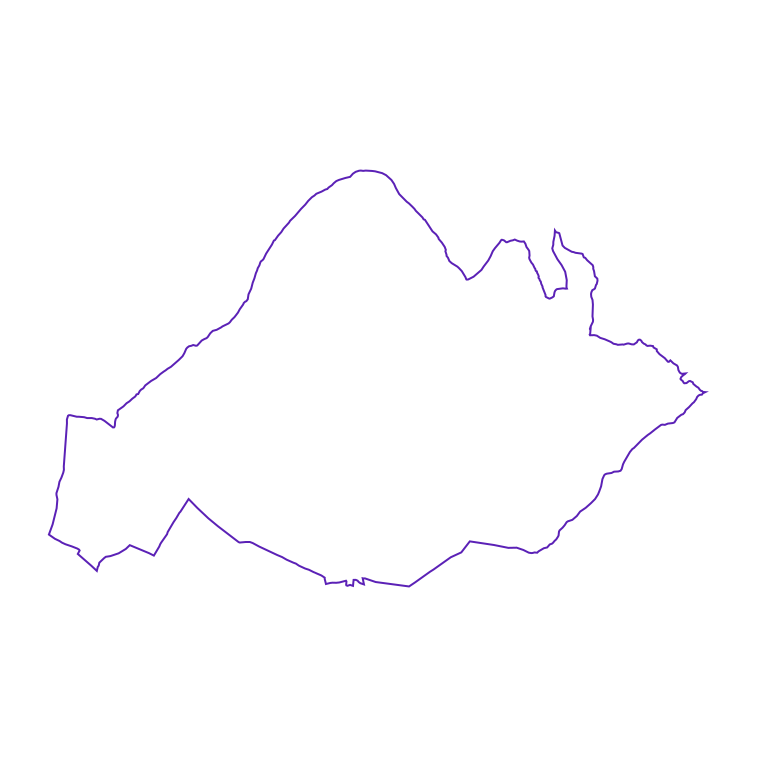 Samsud, Salaj, Romania (Natural Earth projection), rotated 275°
{"feature_id": "2599482B8829364440504", "entity_name": "Samsud", "entity_type": "district", "adm_level": 2, "iso_a3": "ROU", "parent_name": "Romania", "parent_adm1": "Salaj", "projection": "natural_earth1", "projection_center": [22.948, 47.339], "detail": "fine", "context": "isolated", "style": "outline", "palette": "violet", "viewbox_px": 768, "rotation_deg": 275, "n_neighbors": 0, "source": "geoboundaries", "source_scale": "gbopen_adm2", "svg_char_len": 6134}
<svg xmlns="http://www.w3.org/2000/svg" viewBox="0 0 768 768"><g transform="rotate(275 384 384)"><path d="M456.5,585.0L456.0,584.7L456.8,584.3L459.5,584.9L464.2,586.7L466.1,586.7L469.5,585.8L481.3,585.2L485.9,584.4L488.9,582.9L491.7,582.4L493.5,582.6L495.7,583.4L496.5,584.7L497.5,585.8L501.2,586.6L502.1,587.2L505.5,587.7L507.6,587.3L509.7,584.7L514.8,583.4L517.0,582.4L518.7,582.3L520.5,581.6L525.0,575.6L527.2,573.5L527.6,572.0L530.8,570.5L531.1,569.6L531.4,563.3L531.9,561.5L532.1,559.5L535.4,552.2L537.5,549.8L549.4,545.5L549.7,545.1L550.2,542.2L551.8,540.9L546.5,541.0L540.3,540.3L537.4,540.5L533.8,539.8L531.2,540.8L523.4,545.9L518.0,550.5L511.6,554.7L503.4,557.0L498.0,557.2L496.0,557.4L495.0,557.9L494.8,556.7L494.9,553.9L493.6,548.1L493.1,547.4L491.8,546.4L490.3,545.9L486.1,545.5L484.9,544.1L483.5,541.7L483.6,540.8L484.8,537.8L485.6,537.2L486.7,537.2L494.1,533.5L495.0,533.4L497.5,531.9L499.8,531.2L500.6,530.3L502.3,529.6L503.0,528.8L503.8,528.6L504.6,528.8L506.4,528.0L508.0,526.9L508.9,526.7L509.6,526.3L509.6,525.8L510.4,525.1L512.0,524.6L512.7,523.9L516.0,522.0L517.8,520.2L521.0,518.1L522.4,517.6L524.7,517.8L529.1,517.1L530.4,516.2L532.9,514.0L536.1,512.6L538.2,510.9L537.8,508.6L537.8,506.9L538.4,504.2L539.3,501.7L538.4,499.9L537.7,497.5L536.0,494.3L535.9,493.4L537.5,491.1L537.9,489.5L537.9,488.6L537.4,488.1L534.7,486.7L529.0,482.7L525.8,480.8L520.7,479.1L516.1,477.1L509.8,473.1L506.1,471.1L498.7,463.9L495.5,458.8L495.2,457.4L495.4,456.9L497.6,455.8L503.2,451.7L505.9,448.7L507.3,446.9L510.3,440.9L512.2,438.4L515.4,436.7L517.1,435.1L518.0,435.1L521.6,433.6L523.0,433.9L525.9,432.5L529.9,429.3L532.8,426.3L533.5,425.7L534.6,425.4L537.6,422.8L540.3,419.0L551.1,410.5L551.5,409.1L553.3,407.8L559.3,400.6L561.1,399.1L563.1,396.8L566.1,393.1L567.6,390.7L574.5,382.6L580.3,378.7L584.2,376.6L587.9,373.6L592.2,367.9L593.9,363.8L595.1,356.6L595.2,353.5L595.0,347.2L594.5,344.7L594.6,342.3L594.3,340.6L592.9,337.3L590.8,334.7L587.4,332.2L585.9,327.6L583.4,321.4L582.0,318.8L579.6,316.4L577.6,314.9L574.9,311.7L573.3,310.5L572.6,308.6L570.2,305.0L567.6,300.0L565.7,298.3L563.8,295.9L559.9,292.6L555.8,289.9L551.2,286.1L543.6,280.7L538.4,276.2L536.5,275.3L530.1,270.4L526.3,268.4L522.6,265.6L517.8,262.8L517.3,261.8L513.1,260.2L503.6,255.2L498.0,253.1L496.9,252.3L495.4,250.7L494.4,250.2L491.3,249.5L488.3,248.1L486.1,247.7L483.2,246.7L478.0,245.7L473.5,244.4L467.4,243.4L461.5,241.2L456.5,240.9L454.5,239.6L453.9,238.5L452.4,237.2L451.0,236.8L445.9,233.8L442.4,232.3L437.7,229.3L434.7,226.7L432.1,225.1L430.8,223.9L427.2,217.9L426.4,217.1L423.4,212.6L422.0,208.8L419.4,206.5L415.4,204.3L414.2,203.2L413.1,201.1L411.4,198.6L406.1,194.6L405.7,193.4L406.2,190.5L405.3,188.8L404.6,186.5L403.2,184.9L401.8,183.9L397.3,182.4L394.1,180.9L390.0,177.4L382.5,170.2L380.3,167.1L378.6,165.3L377.2,163.5L374.3,160.2L370.1,156.5L366.8,151.8L361.8,146.3L358.8,144.6L357.2,142.5L355.7,141.3L352.6,140.0L352.1,138.4L349.9,137.3L347.4,134.5L344.5,131.9L342.4,129.2L339.0,126.4L334.6,121.2L331.8,120.9L330.3,121.6L329.3,121.7L328.2,121.5L326.2,120.0L325.3,119.7L323.0,119.4L319.5,119.5L318.0,119.3L317.3,118.9L317.1,117.8L322.9,108.8L324.6,105.2L324.6,103.7L323.6,100.9L324.2,99.1L324.6,95.8L324.2,91.2L324.8,88.2L324.8,83.1L324.6,80.9L325.6,74.3L325.4,72.7L324.8,72.0L321.0,71.2L317.0,71.6L274.0,72.2L270.6,72.6L267.7,72.2L262.6,70.8L258.3,69.2L253.2,68.7L246.7,67.2L244.9,67.4L240.7,68.7L231.6,68.7L215.2,66.1L204.8,63.3L201.1,69.7L199.3,74.5L197.9,77.0L196.6,80.6L195.0,87.2L193.3,92.9L192.4,94.7L191.6,95.3L188.0,93.8L177.5,108.2L172.8,114.2L176.8,114.8L178.2,115.6L181.2,116.0L186.1,120.3L187.6,121.9L188.7,126.4L192.2,134.4L197.2,141.2L201.3,144.8L195.0,164.7L193.0,169.7L202.5,174.3L204.8,175.0L206.5,175.8L215.5,181.0L217.6,181.4L228.1,186.4L232.4,188.8L237.9,191.4L239.0,192.3L252.4,199.4L244.3,208.8L234.9,220.7L227.8,231.0L213.8,253.0L213.5,254.2L214.6,260.3L214.9,264.2L214.1,267.1L211.2,273.8L204.3,292.6L202.7,297.6L200.5,302.3L198.1,309.3L197.4,311.9L195.7,314.9L195.2,316.2L193.3,321.5L192.4,325.4L190.5,330.2L187.8,338.3L185.9,341.8L184.7,341.9L179.7,343.6L181.2,348.1L181.6,350.3L181.8,353.7L182.4,356.8L184.7,363.3L184.0,363.8L180.6,363.8L180.1,364.1L179.8,365.2L180.9,367.7L180.2,370.7L186.2,370.8L186.4,373.0L185.8,374.8L184.5,376.1L183.5,377.8L182.6,381.5L188.6,379.7L188.5,380.8L188.7,381.9L186.0,393.0L184.5,426.6L189.1,432.3L200.9,446.1L203.5,449.5L217.2,465.6L223.0,475.7L234.7,483.2L233.2,507.5L231.6,522.1L232.5,530.4L230.8,537.3L228.6,542.9L228.4,545.4L228.6,546.7L229.3,548.6L229.3,551.3L230.8,552.6L234.3,557.5L235.4,560.8L238.6,563.1L239.6,565.3L240.4,566.1L242.7,567.7L244.2,569.1L246.8,570.5L248.2,571.1L252.2,571.2L253.5,571.7L256.4,574.4L259.1,576.3L262.3,578.0L263.2,579.1L265.1,583.5L269.3,587.6L274.0,590.5L278.3,595.8L283.5,600.7L287.8,604.3L292.6,606.8L295.8,607.8L301.0,609.2L308.3,609.9L312.3,611.3L313.4,612.3L314.1,613.8L315.2,618.4L316.7,620.8L317.3,625.0L318.2,627.2L320.0,628.2L324.8,629.1L327.5,630.1L337.7,634.9L340.9,637.1L342.0,638.5L351.0,645.9L356.1,651.1L358.1,653.5L362.4,658.0L367.4,663.6L367.8,664.8L367.8,667.4L369.3,670.3L370.3,675.2L371.1,676.7L375.8,679.1L379.3,682.9L380.0,684.5L381.9,686.0L384.3,686.8L387.7,690.0L391.6,693.0L392.8,694.3L396.1,696.3L398.4,697.1L400.0,698.4L400.8,699.8L401.1,701.6L402.6,702.5L403.9,704.7L403.9,702.5L404.7,701.4L404.8,700.5L405.8,699.1L407.7,697.5L408.7,695.5L411.0,692.2L412.6,691.4L413.7,688.6L413.3,687.4L411.3,685.3L410.9,683.1L411.5,682.3L412.9,681.4L414.3,679.4L414.9,678.9L416.8,679.5L419.0,681.5L420.0,682.8L420.8,683.5L420.1,679.9L420.7,678.3L421.4,677.5L423.5,676.1L426.6,675.3L428.0,674.3L429.8,670.5L432.5,667.2L430.9,665.8L431.0,664.8L434.2,661.5L437.7,655.9L440.6,652.9L442.3,652.7L443.9,649.3L445.2,648.7L445.4,645.9L444.9,643.1L445.4,641.9L446.2,641.1L446.8,639.4L448.1,637.5L449.6,636.5L450.5,635.0L450.2,633.7L449.1,632.9L447.6,632.3L445.2,629.4L445.1,627.3L445.7,624.3L445.5,622.8L444.1,619.3L444.2,618.3L443.4,613.5L443.8,612.1L444.1,609.1L445.4,606.9L446.1,605.1L447.8,600.0L448.8,595.4L450.7,591.8L451.0,589.1L450.5,585.0L451.1,584.6L452.1,585.0L456.5,585.0Z" fill="none" stroke="#5b21b6" stroke-width="2"/></g></svg>